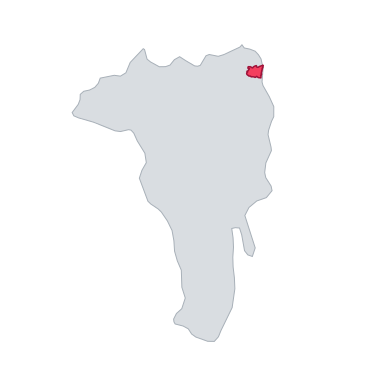 Villa Vázquez, Monte Cristi, Dominican Republic (highlighted), rotated 77°
{"feature_id": "3306468B4250882356752", "entity_name": "Villa Vázquez", "entity_type": "district", "adm_level": 2, "iso_a3": "DOM", "parent_name": "Dominican Republic", "parent_adm1": "Monte Cristi", "projection": "albers", "projection_center": [-71.426, 19.801], "detail": "fine", "context": "in_parent", "style": "filled", "palette": "rose", "viewbox_px": 384, "rotation_deg": 77, "n_neighbors": 0, "source": "geoboundaries", "source_scale": "gbopen_adm2", "svg_char_len": 3620}
<svg xmlns="http://www.w3.org/2000/svg" viewBox="0 0 384 384"><g transform="rotate(77 192 192)"><path d="M60.4,255.8L60.8,241.5L63.0,235.7L61.0,229.6L51.9,223.1L46.3,214.7L41.4,207.3L42.5,206.2L52.4,205.9L55.9,203.2L62.6,195.7L63.9,189.6L63.4,184.9L59.1,179.4L57.4,173.6L62.7,168.5L69.7,161.1L70.7,158.3L70.5,155.5L62.4,147.7L61.9,144.3L65.7,135.9L65.3,130.3L61.6,112.8L59.8,110.2L63.4,108.7L65.8,103.5L69.0,98.8L73.2,96.4L77.9,94.8L87.4,94.9L100.5,99.0L104.2,98.9L116.7,95.2L127.2,93.1L137.0,95.4L141.0,98.6L149.1,103.5L153.2,105.0L166.0,104.9L169.5,105.3L180.3,113.5L189.4,116.8L194.6,116.9L204.0,113.6L208.7,113.7L214.2,120.8L215.3,130.9L219.9,140.0L226.8,145.8L260.7,143.0L268.4,147.7L265.8,151.8L261.0,154.0L244.9,153.2L237.8,153.8L236.5,157.8L236.5,161.5L245.9,162.3L255.2,164.0L264.7,166.9L274.3,168.8L285.2,170.0L295.9,172.0L313.7,178.9L333.7,195.1L339.0,198.8L342.6,203.9L341.0,210.3L334.2,220.9L330.3,224.3L324.5,226.4L320.6,230.8L316.8,238.1L314.5,238.8L311.7,238.5L306.9,234.5L303.4,228.2L293.8,222.4L282.5,223.3L265.8,220.0L255.8,221.8L245.7,222.3L235.4,220.6L225.0,220.1L214.6,222.5L204.6,226.4L200.9,228.8L194.5,234.8L191.1,237.0L166.7,240.2L159.6,235.9L153.1,229.9L143.6,229.2L130.0,233.8L121.5,235.5L118.0,237.5L117.0,239.8L117.0,248.1L115.1,253.2L101.8,272.3L94.3,285.8L91.2,290.0L87.6,290.9L81.0,283.1L76.8,280.3L71.7,278.9L69.5,274.8L69.6,268.9L68.2,263.2L65.0,258.8L60.4,255.8Z" fill="#d9dde1" stroke="#a8b0b8" stroke-width="1"/><path d="M89.8,112.0L89.9,111.9L90.2,111.8L90.5,111.6L90.8,111.3L91.0,111.1L91.1,110.9L91.4,110.8L91.7,110.6L91.8,110.4L92.0,109.9L92.1,109.5L92.4,109.0L92.4,108.9L92.6,108.8L92.9,108.6L93.0,108.5L93.1,108.4L93.2,108.0L93.2,107.9L93.1,107.7L93.5,106.7L93.6,106.2L93.9,105.5L94.0,105.4L94.3,105.0L94.4,104.9L94.5,104.8L94.5,104.6L94.5,104.3L94.5,104.1L94.4,103.9L94.1,103.6L93.9,103.2L93.9,102.9L94.0,102.8L94.5,102.4L94.7,102.2L95.0,102.1L95.3,101.8L95.4,101.6L95.7,101.1L95.8,100.7L95.9,100.4L96.0,99.9L96.2,99.6L96.2,99.2L95.7,99.0L95.1,98.9L94.7,98.7L94.4,98.6L93.9,98.4L93.6,98.2L93.6,98.3L93.5,98.2L93.4,98.2L93.2,98.2L92.9,98.2L92.7,98.1L92.4,98.0L92.3,97.9L92.2,97.8L92.2,97.7L91.9,97.7L91.7,97.6L91.4,97.5L91.2,97.5L91.0,97.4L90.9,97.4L90.7,97.3L90.5,97.2L90.4,97.0L90.3,96.9L90.2,96.9L89.9,96.8L89.7,96.8L89.7,96.7L89.4,96.5L89.2,96.5L89.0,96.4L88.9,96.4L88.7,96.3L88.7,96.2L88.4,96.1L88.2,96.0L87.9,96.0L87.9,95.9L87.7,95.9L87.6,95.7L87.4,95.5L87.2,95.5L87.2,95.4L86.9,95.3L86.8,95.2L86.7,95.2L86.6,94.9L86.4,94.9L86.2,94.8L86.0,94.7L85.9,94.7L85.7,94.7L85.4,94.5L85.4,94.4L85.2,94.3L85.1,94.2L84.9,94.2L84.6,94.2L84.4,94.1L84.2,94.0L84.2,93.9L84.2,94.2L84.5,94.6L84.6,94.8L84.6,95.1L84.6,96.1L84.6,96.4L84.8,96.7L84.8,96.9L84.8,97.7L84.8,98.0L85.0,98.4L85.1,98.8L85.3,99.2L85.3,99.4L85.3,99.7L85.3,99.9L85.2,100.1L85.0,100.6L84.9,100.7L84.7,100.8L83.8,100.8L83.6,100.8L83.4,100.9L83.4,101.0L83.3,101.3L83.4,102.0L83.4,102.3L83.5,102.5L83.6,103.2L83.7,103.4L83.9,104.0L84.1,104.2L84.6,104.8L84.7,105.0L84.6,105.4L84.5,105.5L84.3,105.7L84.0,105.8L83.8,106.0L83.7,106.2L83.5,106.5L83.1,107.0L82.9,107.2L82.9,107.4L82.9,107.9L82.8,108.1L82.7,108.4L82.6,108.6L82.6,108.8L82.6,109.0L82.8,109.1L83.1,109.3L83.6,109.6L83.8,109.6L84.0,109.6L84.4,109.4L84.5,109.2L84.6,108.6L84.7,108.4L84.9,108.5L85.2,108.7L85.3,108.8L85.3,109.0L85.9,109.5L86.2,109.8L86.4,110.0L86.5,110.2L86.6,110.5L86.6,110.9L86.6,111.0L86.9,111.1L87.0,111.1L87.2,110.9L87.4,110.9L87.4,111.0L87.5,111.1L87.5,111.4L87.5,111.5L88.0,111.4L88.1,111.5L88.3,111.7L88.3,111.8L88.6,112.0L88.8,112.1L89.0,112.1L89.3,112.1L89.5,112.1L89.8,112.0Z" fill="#f43f5e" stroke="#9f1239" stroke-width="1.5"/></g></svg>